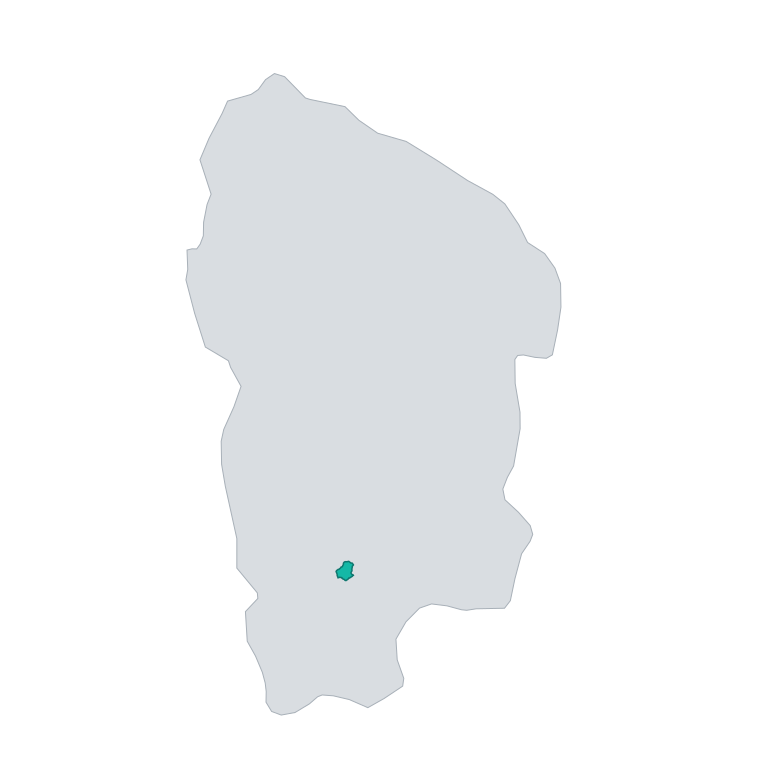 location of Chaskhar, Mongar, Bhutan, rotated 84°
{"feature_id": "84629894B11723980305793", "entity_name": "Chaskhar", "entity_type": "district", "adm_level": 2, "iso_a3": "BTN", "parent_name": "Bhutan", "parent_adm1": "Mongar", "projection": "natural_earth1", "projection_center": [91.37, 27.254], "detail": "fine", "context": "in_parent", "style": "filled", "palette": "teal", "viewbox_px": 768, "rotation_deg": 84, "n_neighbors": 0, "source": "geoboundaries", "source_scale": "gbopen_adm2", "svg_char_len": 3739}
<svg xmlns="http://www.w3.org/2000/svg" viewBox="0 0 768 768"><g transform="rotate(84 384 384)"><path d="M617.7,325.4L616.6,330.6L611.2,344.6L607.7,359.7L610.6,372.1L622.8,387.0L639.0,398.8L659.7,399.7L678.8,395.1L686.4,397.0L696.8,416.8L704.2,433.9L694.2,451.5L688.8,467.0L686.8,478.0L688.1,482.7L694.3,491.6L701.4,506.8L702.5,520.8L697.9,530.0L688.1,534.6L677.6,533.3L669.0,533.4L658.1,535.1L641.2,540.2L625.5,546.9L595.9,545.6L584.1,531.9L578.5,531.8L551.7,549.6L522.4,546.5L469.1,552.5L446.8,553.9L423.9,551.9L412.4,548.1L390.9,535.6L371.4,526.4L351.5,534.8L344.6,536.3L328.6,557.8L294.1,564.9L259.7,570.1L249.5,567.2L230.2,565.9L229.5,560.9L230.1,556.1L225.7,552.2L217.8,548.2L204.3,546.5L187.0,541.2L177.1,536.1L141.8,543.6L121.3,532.3L98.0,516.7L86.3,510.0L82.1,485.9L78.0,478.2L68.9,470.0L63.8,460.5L68.0,450.7L91.3,432.3L93.2,428.0L104.1,393.8L119.1,381.4L133.9,364.1L145.1,336.6L166.7,308.5L190.4,279.6L206.7,256.0L217.5,245.0L239.7,233.3L258.3,226.4L271.1,210.6L286.6,201.9L302.5,197.9L326.1,200.0L348.3,205.7L372.6,213.5L375.4,219.8L373.3,231.0L369.7,242.3L369.6,248.1L373.3,251.3L397.1,253.5L426.3,251.7L442.7,253.3L479.1,263.7L489.8,271.1L500.9,276.8L511.8,275.8L525.6,263.7L540.1,253.4L549.1,251.8L555.6,255.1L567.2,264.9L591.2,274.1L612.7,281.0L619.6,287.6L617.2,315.9L617.7,325.4Z" fill="#d9dde1" stroke="#a8b0b8" stroke-width="1"/><path d="M571.1,434.5L570.7,434.6L570.5,435.0L570.3,435.4L570.2,435.6L569.8,435.9L569.3,436.3L568.9,436.5L568.6,436.5L568.4,436.5L568.0,436.5L567.7,436.3L567.3,436.0L566.8,435.6L566.6,435.5L566.2,435.4L565.9,435.3L565.6,435.3L565.3,435.3L565.0,435.4L564.9,435.4L564.5,435.2L564.1,435.2L563.9,435.1L563.7,435.0L563.5,434.9L563.2,434.8L562.8,434.8L562.6,434.7L562.2,434.7L561.7,434.4L561.6,434.2L561.4,433.9L561.0,433.6L560.8,433.4L560.7,433.3L560.4,433.4L559.5,434.0L559.0,434.2L558.8,434.4L558.7,434.6L558.7,435.0L558.7,435.3L558.6,435.6L558.4,435.8L558.2,436.1L557.7,436.5L557.1,437.2L556.7,437.6L556.7,437.8L556.7,438.2L556.8,438.7L556.9,439.3L556.9,439.5L556.8,440.1L556.7,440.6L556.7,440.8L556.7,441.1L556.8,441.6L556.8,441.8L556.9,442.0L557.1,442.3L557.3,442.5L557.8,442.9L558.0,443.1L559.1,443.2L559.4,443.4L559.8,443.6L560.0,443.8L560.6,444.2L561.1,444.4L561.3,444.6L561.4,444.8L561.5,445.0L561.6,445.4L561.5,445.6L561.6,445.9L562.0,446.1L562.4,446.5L562.5,446.6L562.8,447.0L563.0,447.3L563.1,447.6L563.3,447.7L563.4,447.9L563.6,448.2L563.6,448.5L563.6,448.8L563.6,449.0L563.8,449.3L564.0,449.6L564.1,449.8L564.2,450.0L564.4,450.3L564.5,450.5L564.8,450.8L565.1,451.0L565.3,451.2L565.5,451.2L565.9,451.1L566.3,451.0L566.6,451.0L566.9,450.8L567.2,450.7L567.5,450.7L567.8,450.6L568.0,450.6L568.6,450.5L568.8,450.5L569.1,450.5L569.4,450.5L569.7,450.6L569.8,450.6L570.0,450.5L570.1,450.4L570.3,450.3L570.5,450.3L570.8,450.2L571.0,450.2L571.3,450.1L571.5,450.0L571.9,450.0L571.9,449.6L571.9,449.3L571.8,449.1L571.6,448.7L571.6,448.3L571.6,448.1L571.8,447.8L571.9,446.9L572.2,446.2L572.4,446.0L572.6,446.0L572.8,446.1L573.0,445.9L573.1,445.6L573.3,445.4L573.7,445.2L573.8,445.0L573.9,444.7L574.0,444.3L574.2,444.0L574.5,443.8L574.8,443.6L575.0,443.4L575.1,443.2L575.3,443.1L575.4,442.8L575.4,442.6L575.5,442.4L575.4,442.3L575.3,442.2L575.2,442.0L575.2,441.8L575.1,441.6L575.0,441.4L574.9,441.2L574.7,441.0L574.7,440.9L574.7,440.7L574.5,440.4L574.4,440.3L574.3,440.2L574.2,440.1L574.0,439.9L573.9,439.8L573.9,439.7L573.7,439.5L573.4,439.4L573.3,439.2L573.4,438.8L573.4,438.6L573.3,438.4L573.1,438.2L573.0,437.9L573.0,437.7L572.9,437.4L572.8,437.2L572.7,437.1L572.4,436.8L572.3,436.7L572.2,436.5L572.2,436.2L572.1,435.9L572.0,435.7L571.9,435.6L571.7,435.6L571.5,435.4L571.4,435.3L571.4,435.2L571.2,434.9L571.1,434.7L571.1,434.5Z" fill="#14b8a6" stroke="#0f766e" stroke-width="1.5"/></g></svg>